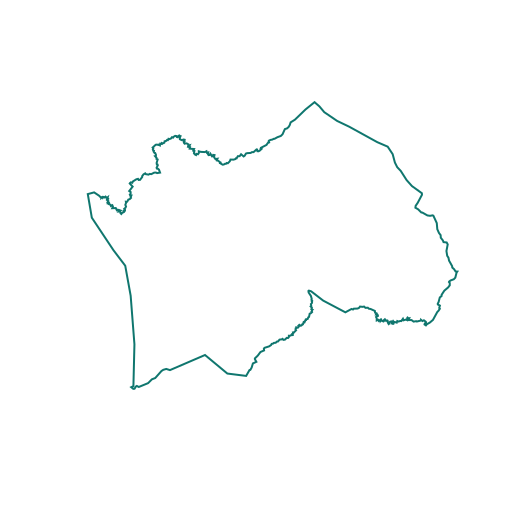 the district of Cahora Bassa, Tete, Mozambique, rotated 59°
{"feature_id": "85939544B63348478902842", "entity_name": "Cahora Bassa", "entity_type": "district", "adm_level": 2, "iso_a3": "MOZ", "parent_name": "Mozambique", "parent_adm1": "Tete", "projection": "equal_earth", "projection_center": [32.439, -16.08], "detail": "fine", "context": "isolated", "style": "outline", "palette": "teal", "viewbox_px": 512, "rotation_deg": 59, "n_neighbors": 0, "source": "geoboundaries", "source_scale": "gbopen_adm2", "svg_char_len": 6123}
<svg xmlns="http://www.w3.org/2000/svg" viewBox="0 0 512 512"><g transform="rotate(59 256 256)"><path d="M373.0,91.5L372.0,92.9L369.3,93.0L367.0,93.7L365.7,93.1L359.4,92.9L356.5,91.9L354.3,92.0L349.8,90.2L344.8,85.7L342.6,85.6L340.7,88.1L338.9,87.8L335.5,88.2L333.2,87.0L330.5,87.3L326.4,86.8L320.9,84.1L312.8,83.2L312.1,83.7L311.2,86.1L309.5,88.2L304.5,91.0L303.8,91.9L299.4,93.0L296.7,94.5L295.2,93.3L293.7,90.0L289.0,82.2L287.6,81.5L276.4,86.3L268.5,87.8L257.6,88.1L252.6,89.2L247.4,88.8L239.1,86.4L230.1,86.8L220.9,93.4L193.2,109.5L182.0,116.9L167.9,123.4L160.4,124.6L154.3,126.6L155.9,138.1L159.2,152.4L159.3,157.5L161.2,159.7L162.2,161.6L162.6,163.7L162.1,165.9L165.3,170.5L165.9,172.9L165.2,176.5L165.1,179.7L164.7,180.4L164.6,182.1L164.0,183.7L163.8,185.5L164.1,186.1L165.4,186.3L165.2,187.7L166.2,189.8L165.8,196.1L166.3,196.7L167.1,196.2L167.6,198.6L167.5,200.0L166.9,200.8L165.3,200.2L164.9,200.6L165.7,204.6L164.9,205.9L164.9,207.5L163.3,210.6L163.0,211.9L164.2,214.0L164.3,215.3L161.1,216.4L162.0,218.6L161.1,220.2L162.3,222.3L161.9,222.7L162.3,223.8L161.8,225.7L160.2,228.2L161.3,229.6L162.0,232.4L161.2,233.2L161.5,234.3L161.0,235.0L161.0,236.5L160.5,237.6L158.6,238.6L157.9,238.3L157.6,239.0L156.9,238.6L154.6,239.5L153.8,240.5L153.3,240.4L152.7,239.1L152.0,240.7L151.5,241.0L149.6,241.0L148.1,239.6L147.3,240.6L148.2,241.5L148.0,242.4L144.8,242.4L145.5,243.8L145.1,244.7L143.8,244.7L142.6,243.6L142.2,244.9L140.7,244.5L140.6,246.3L138.3,249.7L136.8,251.1L138.3,252.0L138.9,253.3L137.8,254.4L138.6,255.4L137.7,256.0L136.0,256.3L134.2,254.7L133.4,255.5L132.4,254.0L129.8,257.6L128.7,256.5L128.0,257.3L127.1,256.0L126.9,257.6L125.6,256.4L123.8,257.4L123.0,258.9L122.9,260.1L122.6,259.4L121.6,259.4L121.2,258.6L120.6,258.8L120.5,258.0L119.7,258.2L119.4,257.5L118.9,258.0L118.4,260.0L116.7,261.1L115.3,260.3L114.4,259.0L114.1,259.3L114.3,260.4L113.7,259.5L113.2,259.6L113.1,260.2L113.9,261.9L113.2,262.6L112.3,262.3L111.4,263.4L111.4,265.5L111.8,266.2L110.9,266.9L111.5,268.4L111.1,270.3L110.5,270.7L111.3,271.8L110.7,272.5L111.1,273.5L110.6,275.3L111.6,276.1L111.7,277.0L111.3,277.7L111.5,278.6L110.7,278.8L111.1,279.5L110.4,280.2L111.7,281.4L110.5,281.9L110.6,282.4L109.5,283.5L109.0,284.7L109.8,288.7L110.7,288.5L111.4,289.5L112.7,289.8L113.2,289.3L114.0,290.0L115.4,289.9L115.8,289.4L117.6,289.6L118.6,290.2L118.4,291.1L120.8,290.7L121.5,291.3L122.6,290.6L125.1,293.3L126.4,293.8L126.8,293.3L127.6,293.4L129.2,295.8L130.1,295.9L130.7,295.1L132.0,294.7L135.1,295.3L134.0,298.1L132.9,298.8L132.1,300.4L131.9,303.6L130.9,304.8L130.9,306.2L129.1,308.3L128.1,308.4L128.1,310.4L128.9,312.4L129.7,312.9L131.0,316.2L130.4,317.4L129.1,317.4L128.6,319.1L128.7,323.1L129.5,324.3L128.4,325.3L128.6,326.5L128.8,326.9L133.0,326.0L135.0,331.2L136.6,330.5L138.3,331.6L138.4,332.5L139.8,332.7L140.1,331.9L141.0,333.1L141.8,333.2L142.2,335.0L141.9,336.4L143.0,338.3L143.1,339.0L142.5,339.6L143.6,340.1L144.9,341.7L146.6,341.9L147.4,343.0L147.7,344.6L148.4,344.5L148.9,345.4L149.2,344.7L149.6,344.9L150.3,346.5L150.1,348.6L150.6,349.8L149.5,350.1L147.9,349.4L147.1,350.9L146.7,350.0L146.9,349.0L146.0,349.7L146.1,351.0L145.6,350.2L145.1,350.7L145.1,351.7L142.7,351.5L141.0,354.6L140.0,353.2L138.5,353.0L138.4,354.6L137.1,354.3L135.9,355.3L135.1,354.8L134.7,355.7L134.1,355.0L133.6,355.7L132.7,354.3L131.4,354.8L130.9,353.2L130.5,353.2L130.2,354.0L129.3,353.0L129.4,353.9L128.6,354.0L128.3,354.8L127.6,354.6L127.6,356.0L126.9,356.2L126.7,356.9L127.0,357.4L126.4,357.4L126.5,358.3L126.1,357.9L125.8,358.9L123.6,359.4L118.1,362.0L116.3,368.3L138.6,377.0L177.6,375.2L197.0,373.1L225.5,383.9L269.1,405.7L304.4,428.1L304.2,430.5L306.7,429.6L307.2,428.5L306.0,426.1L306.0,425.1L307.9,423.9L309.4,414.0L308.1,408.7L308.7,405.2L305.9,396.3L305.8,394.1L306.6,391.1L309.5,388.5L314.6,350.7L342.0,341.1L353.7,326.2L350.4,320.3L350.7,319.5L349.4,317.2L346.5,314.0L346.9,310.2L343.9,310.1L343.2,309.7L342.3,305.8L340.6,301.6L341.1,297.7L339.5,297.0L339.1,296.0L340.2,291.4L340.1,289.0L339.4,287.8L339.9,286.4L339.7,285.4L340.5,283.8L340.1,282.2L340.6,281.2L339.8,278.9L340.7,276.9L340.7,275.9L342.0,275.7L342.6,274.3L342.0,271.8L342.8,270.8L342.5,269.7L341.3,268.9L341.9,268.1L341.8,267.2L342.6,265.4L342.0,265.3L342.2,264.9L341.9,264.6L341.4,264.8L341.3,263.8L340.6,263.6L341.0,262.7L340.3,259.9L339.2,259.9L338.4,259.2L338.6,258.3L338.0,258.1L339.0,256.8L338.4,255.3L337.6,255.5L337.3,254.3L338.9,253.5L338.9,252.3L338.4,251.6L338.7,250.9L337.8,250.0L337.9,248.9L337.1,248.8L337.3,247.8L336.5,246.9L336.7,246.2L336.0,245.8L336.6,244.2L335.5,242.8L335.5,241.9L333.1,239.7L333.3,238.5L333.0,237.0L332.3,237.1L332.0,236.3L331.2,236.0L331.1,235.3L330.1,235.9L329.3,234.8L327.4,235.1L327.4,234.4L325.5,233.7L325.1,232.3L324.2,231.5L323.4,231.5L323.2,230.9L322.1,231.0L321.4,230.3L318.5,229.5L314.5,229.7L313.0,229.1L312.9,228.5L314.7,226.9L328.8,221.4L350.3,208.4L350.6,201.4L351.8,200.4L351.5,199.4L353.4,195.9L353.5,194.2L352.9,192.9L354.5,190.8L355.0,189.4L356.8,188.9L357.9,186.8L359.3,186.4L360.4,185.1L364.3,182.4L365.9,183.1L367.3,182.2L368.0,183.3L368.9,182.1L369.7,182.1L370.2,182.5L369.8,183.3L370.1,184.5L371.6,184.6L373.4,185.7L373.6,184.2L374.9,184.2L374.7,182.5L375.8,182.9L375.2,181.5L376.3,181.6L377.8,180.4L377.6,179.8L377.0,180.3L376.6,178.1L378.6,177.9L378.7,176.8L379.2,176.5L381.0,177.3L382.7,177.3L382.6,176.7L381.6,176.2L381.4,174.7L381.9,173.4L383.6,174.5L384.3,173.4L385.5,173.7L383.2,171.9L384.2,171.8L384.1,171.0L385.6,169.7L384.5,168.4L385.6,167.6L386.0,165.8L386.6,165.0L385.5,162.4L387.1,162.7L387.7,160.3L388.8,159.5L387.9,158.9L387.9,158.0L387.0,158.2L386.8,157.8L388.1,157.3L388.3,156.7L389.5,158.2L391.0,155.7L393.4,154.7L394.4,152.2L395.0,151.9L396.3,147.7L395.8,147.4L397.5,146.8L397.6,145.2L399.9,144.3L400.5,144.5L400.8,146.1L401.5,146.8L403.0,146.1L402.5,144.7L402.6,141.3L401.9,137.2L397.4,129.5L396.9,127.7L395.9,125.6L394.9,125.7L393.2,123.9L391.2,125.1L390.5,124.8L389.5,123.2L386.2,119.8L385.9,117.6L384.8,116.8L382.7,112.4L381.9,107.5L380.9,105.0L378.9,103.8L377.7,104.0L377.4,103.6L377.2,101.8L377.8,98.4L377.2,96.3L373.5,92.6L373.0,91.5Z" fill="none" stroke="#0f766e" stroke-width="2"/></g></svg>